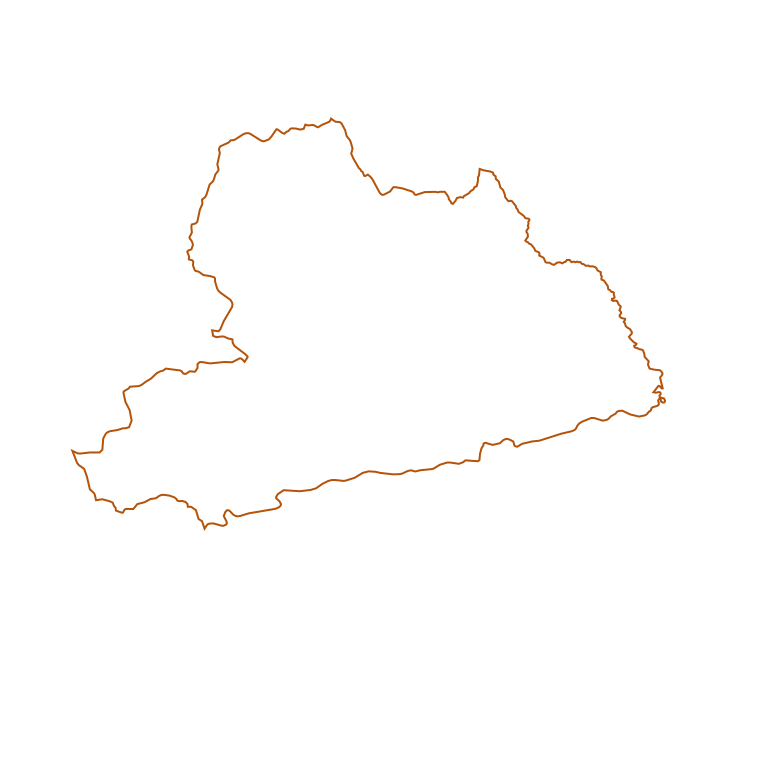 outline of Bat Xat, Lào Cai, Vietnam, rotated 118°
{"feature_id": "81297802B11536853186467", "entity_name": "Bat Xat", "entity_type": "district", "adm_level": 2, "iso_a3": "VNM", "parent_name": "Vietnam", "parent_adm1": "Lào Cai", "projection": "robinson", "projection_center": [103.676, 22.597], "detail": "fine", "context": "isolated", "style": "outline", "palette": "amber", "viewbox_px": 768, "rotation_deg": 118, "n_neighbors": 0, "source": "geoboundaries", "source_scale": "gbopen_adm2", "svg_char_len": 6166}
<svg xmlns="http://www.w3.org/2000/svg" viewBox="0 0 768 768"><g transform="rotate(118 384 384)"><path d="M596.0,474.5L592.0,474.2L590.1,473.5L589.1,472.4L587.2,469.2L585.3,460.7L584.6,459.2L582.1,457.3L580.7,457.4L579.4,458.4L575.8,463.5L571.6,464.0L569.0,463.3L568.4,461.0L570.2,455.6L570.2,453.4L569.7,451.3L568.3,449.3L561.6,442.6L545.4,421.5L542.5,419.1L540.3,418.2L538.4,418.5L536.6,421.3L535.5,425.6L534.3,426.2L531.1,426.0L524.9,422.8L518.2,408.0L512.1,399.2L508.1,395.1L500.9,391.4L495.8,387.7L493.5,385.3L491.9,382.5L488.6,374.3L487.4,372.6L480.5,365.8L472.5,361.1L468.3,356.5L465.6,350.5L464.2,345.4L459.4,333.3L456.3,328.0L454.7,326.0L449.4,322.0L447.4,319.3L446.6,315.4L443.0,311.3L436.6,301.7L435.0,300.2L429.1,296.8L423.7,291.4L422.4,289.0L419.3,280.4L415.9,277.4L413.2,276.3L408.1,264.8L406.4,264.0L400.7,266.4L395.2,267.7L391.6,267.5L389.7,268.1L388.3,266.9L386.8,259.5L381.9,253.9L377.5,252.3L375.3,250.6L374.6,249.4L374.1,246.8L374.1,242.8L377.2,239.9L377.3,238.3L376.7,236.8L372.0,234.0L365.3,226.4L361.2,220.3L344.8,204.3L337.4,195.9L335.2,194.2L333.4,193.6L330.1,193.7L327.1,193.1L324.3,191.4L316.6,185.0L315.3,182.2L313.7,173.7L311.2,170.6L309.3,169.4L306.0,168.5L301.5,165.6L299.0,165.2L297.3,163.7L295.7,161.0L295.3,152.3L293.0,143.5L289.3,139.0L287.7,137.9L283.8,137.0L282.5,136.0L279.7,136.4L278.5,136.0L275.1,132.5L273.4,131.7L271.8,132.4L269.9,134.2L268.1,134.1L267.6,133.7L267.4,132.6L269.4,131.2L269.6,129.5L269.0,128.1L267.9,127.7L266.5,128.2L265.3,130.1L266.3,134.3L265.0,135.3L262.9,135.0L261.8,136.0L262.0,137.4L264.0,139.8L264.8,142.2L256.8,140.8L256.5,139.7L257.5,136.7L257.0,135.9L248.7,143.3L245.3,142.6L243.9,143.1L242.6,145.3L242.4,147.1L244.4,151.9L245.7,156.7L243.0,160.0L239.7,160.9L237.7,166.5L234.9,168.6L232.7,171.1L232.7,172.6L233.4,174.9L233.4,177.4L234.0,179.3L233.6,180.5L232.8,181.1L230.9,179.8L229.9,180.0L229.8,183.3L228.2,188.5L227.2,189.9L223.1,188.9L221.6,189.7L220.0,192.7L220.0,195.4L219.4,197.8L217.3,199.7L216.6,201.5L214.1,201.2L213.3,201.8L214.3,205.3L213.7,207.6L212.8,208.2L210.0,207.9L209.1,208.7L208.3,210.8L205.3,211.0L204.3,211.6L203.8,213.8L201.3,217.2L201.6,218.6L203.1,220.7L202.9,222.3L201.8,222.7L200.6,221.4L199.2,221.1L197.0,223.2L195.5,223.9L195.3,224.9L195.9,226.5L195.1,228.2L195.1,230.4L192.4,232.5L189.4,238.4L189.7,240.9L188.9,241.6L186.7,242.2L186.0,243.7L183.5,245.1L183.5,248.7L181.8,251.2L181.7,252.7L182.2,255.2L183.5,257.3L183.6,259.4L184.9,261.2L184.5,264.1L185.0,265.8L184.1,267.9L185.0,269.0L185.2,270.9L186.6,272.1L186.8,273.7L188.4,275.7L187.3,278.4L188.7,280.8L191.0,281.1L191.9,282.2L193.8,283.2L193.9,285.8L195.7,288.2L199.1,289.9L199.4,292.0L199.2,294.8L200.5,297.4L200.6,298.6L197.6,302.4L197.7,307.3L195.8,307.9L195.0,309.2L195.4,312.9L193.7,315.0L191.7,319.6L191.9,322.2L191.3,323.2L191.4,325.6L191.0,326.6L186.4,326.1L184.0,327.6L182.9,329.5L181.9,330.2L178.2,329.7L176.8,331.3L174.9,331.5L173.2,332.7L171.0,332.5L170.3,333.1L170.2,334.0L171.2,337.0L169.9,339.6L169.0,345.9L167.1,348.1L166.3,350.2L164.9,351.2L162.5,356.9L162.7,358.2L164.0,359.6L164.1,360.4L162.2,364.6L159.7,366.6L156.8,370.0L155.9,373.4L151.4,377.7L150.4,381.6L148.2,382.9L147.8,385.7L146.2,386.9L146.5,390.0L148.6,396.5L149.2,400.5L155.3,398.0L157.2,398.1L160.9,396.3L165.9,395.0L167.6,396.5L170.1,396.4L173.2,398.1L175.7,398.6L180.6,401.6L182.3,401.7L183.3,404.5L185.5,406.9L188.8,406.9L192.7,407.8L192.8,409.4L192.0,410.0L190.4,413.5L189.1,414.4L187.4,417.0L185.8,420.6L188.0,424.8L189.4,426.3L190.4,429.2L195.4,438.1L201.9,444.4L202.3,445.9L201.1,447.7L200.9,449.8L202.6,459.4L204.7,466.0L205.8,468.1L211.1,469.0L216.5,472.7L217.6,473.9L217.9,474.9L217.2,477.5L208.7,490.3L207.4,493.3L206.7,496.6L209.1,498.1L209.5,499.2L206.7,502.6L206.8,503.9L205.6,505.6L205.1,507.7L199.3,516.9L196.0,521.1L190.9,522.3L186.1,526.9L184.8,528.5L182.6,533.4L178.1,537.5L173.9,543.8L173.5,545.9L175.2,550.0L174.6,555.4L176.6,555.1L178.4,555.6L184.3,560.4L188.2,562.7L188.5,563.4L188.4,567.3L188.8,568.6L191.4,572.5L191.9,575.2L196.3,574.7L198.7,577.4L199.8,581.7L201.6,585.5L202.6,586.5L205.4,587.1L207.2,588.5L209.9,589.6L210.1,591.7L209.2,597.5L209.6,598.6L218.0,599.5L222.1,600.5L226.2,604.0L226.8,606.7L225.9,620.0L226.3,621.8L227.6,623.8L229.7,625.6L237.6,630.0L239.0,631.0L241.0,633.9L242.8,634.2L244.4,635.0L250.3,639.6L251.7,640.3L254.3,639.9L257.1,637.4L268.3,634.3L272.2,630.8L273.6,630.5L278.1,631.3L283.5,630.2L285.6,630.2L289.7,631.6L300.4,629.6L302.7,629.6L306.6,631.2L310.3,628.9L316.5,628.4L328.4,625.0L330.7,625.7L333.4,628.6L334.0,628.5L335.6,627.9L340.6,624.7L345.7,624.7L346.8,623.8L347.7,621.5L349.1,619.6L350.9,618.0L355.3,617.3L356.6,618.0L357.8,619.4L359.6,619.8L362.8,616.1L365.6,614.8L364.8,611.3L365.5,609.8L368.9,608.4L372.3,604.6L372.6,603.3L371.8,600.4L372.6,594.6L370.4,588.3L369.5,584.1L370.0,582.9L372.9,581.2L377.9,576.3L379.5,573.9L380.2,571.1L381.8,559.1L383.2,556.7L384.7,555.2L387.3,554.3L403.7,555.0L412.7,554.2L415.2,554.9L417.3,560.9L421.7,557.5L421.4,554.1L418.3,549.7L417.3,547.7L416.9,542.6L415.8,538.8L418.8,536.8L420.6,533.9L422.8,520.6L423.7,517.5L424.4,517.0L429.9,517.5L428.8,520.6L428.6,522.2L429.0,523.4L436.1,528.3L439.6,535.4L447.4,547.1L450.4,555.8L451.4,557.1L454.0,558.0L457.3,556.2L461.3,556.5L462.1,557.0L463.9,561.4L468.2,563.8L469.0,566.2L467.7,568.7L467.7,570.2L472.8,583.8L475.9,585.4L478.0,587.6L481.2,589.8L488.7,592.3L494.2,595.6L498.4,597.5L500.9,599.4L505.7,607.1L507.9,607.4L512.7,610.3L514.1,609.9L521.3,603.8L526.4,596.4L534.7,589.7L541.8,588.8L544.1,591.0L545.7,593.7L549.9,597.9L554.2,603.6L556.4,605.5L558.4,606.3L564.0,606.3L574.3,601.8L578.0,603.0L582.7,611.8L588.0,619.5L589.1,622.1L589.3,627.8L597.6,618.1L598.9,615.4L599.7,608.9L605.2,602.9L615.1,594.2L616.5,588.9L617.4,587.5L621.8,583.7L618.0,578.6L616.3,571.1L616.1,567.9L618.4,565.2L619.3,563.0L621.6,561.2L620.7,554.8L619.9,554.1L616.9,554.1L615.5,553.3L612.1,546.7L605.8,545.4L600.9,540.0L595.2,536.2L592.0,531.8L588.4,530.0L586.4,528.4L585.1,526.1L583.2,520.8L582.5,515.6L583.0,513.2L584.0,511.6L583.6,509.8L582.0,507.2L581.3,503.9L582.2,501.2L584.5,499.6L583.0,496.6L583.7,490.8L590.2,484.4L590.6,480.2L596.0,474.5Z" fill="none" stroke="#b45309" stroke-width="2"/></g></svg>